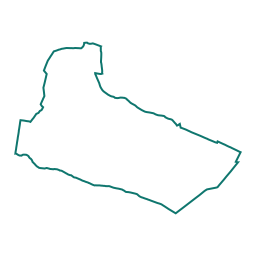 Sanislau, Satu Mare, Romania (Mercator projection)
{"feature_id": "2599482B43386440731502", "entity_name": "Sanislau", "entity_type": "district", "adm_level": 2, "iso_a3": "ROU", "parent_name": "Romania", "parent_adm1": "Satu Mare", "projection": "mercator", "projection_center": [22.273, 47.65], "detail": "fine", "context": "isolated", "style": "outline", "palette": "teal", "viewbox_px": 256, "rotation_deg": 0, "n_neighbors": 0, "source": "geoboundaries", "source_scale": "gbopen_adm2", "svg_char_len": 5620}
<svg xmlns="http://www.w3.org/2000/svg" viewBox="0 0 256 256"><path d="M238.0,162.3L237.8,162.3L235.8,161.8L239.2,155.0L240.6,152.2L239.2,151.6L236.8,150.4L232.0,148.1L230.3,147.2L230.1,147.2L228.7,146.6L226.6,145.6L225.3,144.9L224.0,144.3L223.9,144.3L220.2,142.6L217.6,141.4L217.1,142.8L215.3,142.3L212.5,141.1L208.3,139.4L207.3,138.8L206.9,138.7L204.5,137.7L201.6,136.4L200.0,135.7L191.4,132.2L189.8,131.4L187.6,130.4L186.4,129.8L184.9,129.2L181.5,127.9L181.1,127.7L180.7,127.7L180.4,126.5L179.8,123.9L178.3,124.9L178.2,125.1L177.7,125.3L177.0,125.6L175.7,123.7L175.2,123.3L173.9,121.8L173.1,120.9L172.4,120.1L172.2,120.0L172.0,119.8L171.7,119.6L171.4,119.5L171.1,119.4L170.5,119.2L169.0,118.9L168.4,118.7L167.5,118.4L167.4,118.3L166.4,117.8L165.9,117.5L165.5,117.4L165.3,117.1L165.1,117.0L164.7,116.5L164.5,116.3L164.3,116.2L163.9,116.0L163.5,115.9L163.2,115.9L162.2,115.7L161.6,115.6L160.6,115.5L159.5,115.4L158.6,115.3L157.6,115.1L156.5,114.7L155.4,114.3L154.2,113.6L153.2,113.2L151.6,112.9L150.7,112.7L149.0,112.4L146.8,112.1L145.5,111.8L144.8,111.6L143.8,111.1L143.2,110.8L141.8,110.1L138.0,107.8L137.1,107.2L136.6,106.7L135.3,105.5L133.9,104.7L132.2,103.8L130.8,103.0L130.8,102.9L130.4,102.6L130.0,102.3L129.4,101.7L128.1,100.4L127.7,100.2L127.1,99.6L126.5,98.9L126.2,98.7L125.9,98.5L125.2,98.2L124.5,97.9L124.2,97.9L122.8,97.7L121.1,97.6L120.2,97.6L118.6,98.0L117.4,98.1L117.0,98.1L115.6,97.9L115.2,97.9L114.9,97.8L114.6,97.5L113.8,96.9L113.6,96.8L112.2,96.5L111.6,96.4L110.8,96.1L110.3,95.9L108.9,95.1L108.4,94.9L108.0,94.6L106.2,93.3L104.8,92.3L103.5,91.3L103.1,90.9L102.2,89.9L100.8,87.6L100.6,87.3L100.3,86.5L100.0,85.8L99.2,83.1L97.7,79.7L96.9,77.9L96.1,75.9L95.3,74.1L95.2,73.9L95.2,73.1L97.8,73.6L99.6,73.9L101.0,74.0L102.3,73.6L102.2,73.4L102.1,72.5L102.2,71.9L102.2,71.5L102.2,70.8L102.1,69.7L101.9,68.2L101.9,67.9L101.7,66.8L101.7,66.3L101.5,64.6L101.3,63.4L101.2,62.8L101.0,62.3L101.0,61.0L101.2,57.6L101.3,54.7L101.3,53.4L101.3,52.9L101.2,52.2L100.8,50.9L100.8,50.0L100.8,49.4L100.8,48.7L100.8,48.2L100.8,47.2L100.7,46.4L100.8,46.3L99.5,45.8L95.8,44.4L94.1,43.8L93.4,43.6L92.9,43.4L92.6,43.4L91.9,43.6L90.3,43.8L89.6,43.8L87.9,43.3L87.2,42.7L85.8,42.7L84.2,42.9L84.1,43.9L83.7,45.4L83.1,46.5L81.4,48.2L80.7,48.3L77.7,48.1L77.2,48.1L74.9,48.0L73.9,48.2L72.7,48.2L70.8,48.1L69.5,48.1L66.6,48.0L65.9,48.1L64.7,48.3L63.2,48.6L61.7,48.8L59.8,49.5L59.0,49.6L56.4,50.6L55.4,50.9L53.8,51.4L51.7,54.7L50.8,56.0L49.1,58.7L48.1,60.2L47.7,60.9L46.0,65.1L45.1,67.4L43.9,70.6L45.4,72.4L46.7,74.0L46.4,75.2L45.7,78.3L44.5,83.4L43.9,85.8L43.4,87.7L43.7,90.1L44.0,92.5L44.3,95.4L44.4,96.0L44.1,96.7L43.0,99.0L42.8,99.6L42.0,101.3L40.9,103.8L40.7,104.3L41.7,105.9L42.2,106.4L43.1,107.2L42.4,108.6L41.5,110.1L39.8,111.0L38.5,112.9L36.3,113.9L34.4,116.7L33.5,118.0L32.4,119.3L31.1,121.0L30.4,121.9L29.2,121.4L26.7,121.1L24.1,120.6L21.6,120.3L20.5,120.2L20.1,122.4L19.8,124.7L19.3,127.9L19.2,128.6L18.8,130.8L18.8,131.4L18.4,134.1L17.8,137.5L17.6,139.1L17.1,142.1L16.8,144.2L16.2,148.0L16.1,149.0L15.5,152.4L15.4,153.5L15.7,153.4L16.9,154.1L18.3,155.0L18.8,155.2L19.5,155.5L20.0,155.6L20.9,155.5L21.3,155.5L21.6,155.6L22.3,155.0L22.7,154.8L23.2,154.7L23.7,154.7L25.3,154.7L26.1,154.8L26.4,154.8L27.3,155.3L27.8,155.6L28.3,156.0L28.7,156.4L28.9,156.8L29.1,157.3L29.9,158.2L30.2,158.4L30.4,158.5L30.6,158.6L30.8,158.8L31.2,159.2L31.5,159.6L31.9,160.2L32.0,160.3L32.1,160.6L32.2,160.9L32.4,161.4L32.5,161.8L32.6,162.0L32.8,162.1L33.3,162.6L33.8,163.2L34.2,163.5L34.4,163.7L35.2,164.6L35.3,164.7L35.5,165.0L36.3,165.8L36.9,166.4L38.2,167.2L39.0,167.8L39.5,167.9L40.0,168.0L40.6,168.1L42.7,168.3L44.4,168.5L44.6,168.5L45.5,168.3L46.6,168.0L46.8,168.0L47.2,168.1L47.9,168.3L48.3,168.4L48.6,168.5L49.2,168.6L49.6,168.8L49.9,168.9L50.3,169.0L50.7,169.0L51.8,169.1L52.2,169.1L52.8,169.2L53.1,169.3L53.5,169.1L54.2,169.1L54.7,169.0L55.1,169.1L55.3,169.1L55.9,169.2L57.1,169.3L57.3,169.4L57.7,169.5L58.1,169.7L58.8,169.9L59.3,170.2L59.8,170.5L60.3,170.5L60.8,170.6L61.3,170.7L61.6,170.8L61.9,170.9L62.6,171.3L64.2,172.2L65.6,173.0L65.8,173.1L66.4,173.5L67.1,173.8L67.5,174.1L68.2,174.5L68.5,174.6L69.3,174.9L69.6,175.0L69.9,175.1L70.3,175.2L70.9,175.2L71.2,175.3L71.9,175.8L73.7,177.2L73.9,177.3L74.3,177.4L74.8,177.5L75.4,177.6L75.8,177.7L76.0,177.7L77.8,178.5L78.6,178.8L79.0,179.0L79.3,179.2L79.5,179.2L80.1,179.4L80.2,179.5L80.8,179.8L81.1,179.9L82.0,180.4L82.3,180.6L82.7,180.7L83.9,181.1L84.3,181.2L85.4,181.7L86.6,182.1L87.9,182.5L88.8,183.0L89.0,183.0L89.7,183.3L89.9,183.4L90.3,183.6L91.3,184.1L92.8,184.8L94.2,185.3L94.4,185.4L94.5,185.4L95.9,185.3L96.5,185.4L97.6,185.4L99.5,185.4L101.0,185.6L102.1,185.7L102.4,185.7L103.8,185.9L104.7,185.9L105.6,186.1L106.5,186.1L107.1,186.2L108.4,186.1L109.0,186.1L110.0,186.4L110.8,186.7L111.3,186.9L112.1,187.2L112.7,187.4L113.5,187.7L114.0,187.8L116.3,188.3L116.9,188.4L118.1,188.6L118.7,188.7L122.0,189.5L122.4,189.7L123.2,190.2L123.9,190.5L125.1,191.4L125.9,191.9L126.6,192.0L128.3,192.1L130.6,192.5L133.9,193.3L134.0,193.3L134.8,193.5L136.6,194.0L137.0,194.2L137.4,194.4L137.7,194.8L138.6,195.5L138.8,195.8L139.7,196.4L139.8,196.5L141.5,197.3L142.6,197.6L143.9,198.1L145.3,198.6L147.2,199.2L148.1,199.6L149.4,200.0L150.6,200.5L155.5,202.3L157.4,203.0L159.5,203.6L160.0,203.8L160.6,204.0L161.1,204.2L161.7,204.5L163.5,205.7L164.2,206.1L165.1,206.7L165.7,207.1L167.4,208.2L168.4,208.9L169.4,209.5L171.7,210.9L175.7,213.3L180.4,209.7L182.4,208.2L188.0,203.9L195.4,198.2L199.5,195.1L204.5,191.0L205.7,190.2L207.0,189.4L215.8,187.7L217.0,187.4L217.6,187.1L219.1,185.2L223.8,179.7L226.3,176.6L230.8,171.3L233.9,167.4L238.0,162.3Z" fill="none" stroke="#0f766e" stroke-width="2"/></svg>